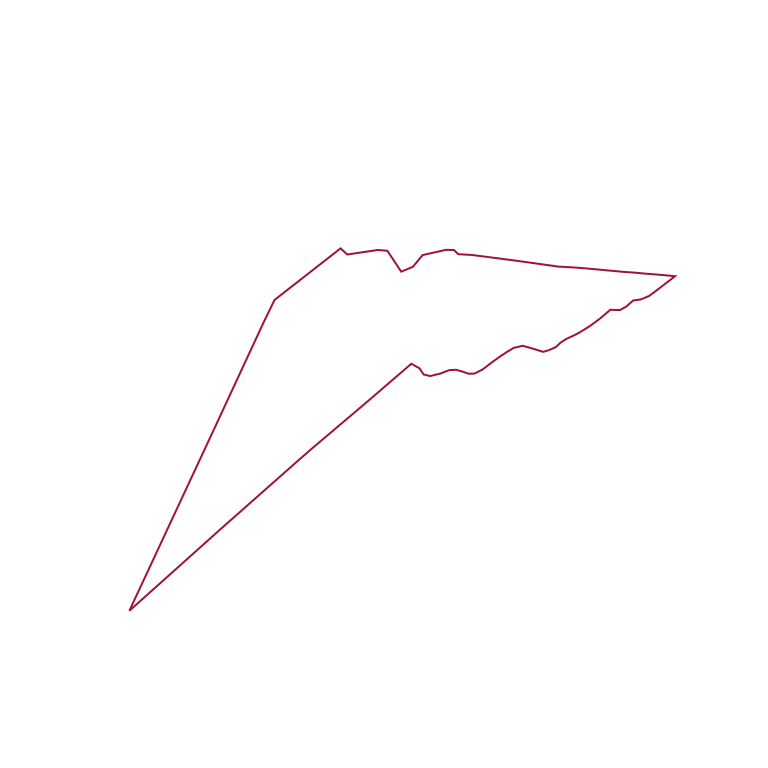 the district of Branquinha, Alagoas, Brazil, rotated 163°
{"feature_id": "56859067B15219395707905", "entity_name": "Branquinha", "entity_type": "district", "adm_level": 2, "iso_a3": "BRA", "parent_name": "Brazil", "parent_adm1": "Alagoas", "projection": "orthographic", "projection_center": [-36.101, -9.21], "detail": "fine", "context": "isolated", "style": "outline", "palette": "rose", "viewbox_px": 768, "rotation_deg": 163, "n_neighbors": 0, "source": "geoboundaries", "source_scale": "gbopen_adm2", "svg_char_len": 918}
<svg xmlns="http://www.w3.org/2000/svg" viewBox="0 0 768 768"><g transform="rotate(163 384 384)"><path d="M385.9,526.4L464.1,496.4L481.5,477.7L557.2,393.3L693.8,241.6L582.3,293.2L486.3,336.9L472.4,343.1L404.7,372.2L351.9,395.4L345.5,388.6L343.4,381.6L337.5,378.1L327.0,377.5L317.7,378.2L311.0,376.6L304.7,372.5L300.1,369.1L294.5,367.5L285.3,369.1L273.6,373.5L265.2,376.3L258.2,378.4L249.4,380.6L240.2,380.0L231.9,374.7L222.4,368.2L216.7,368.1L208.8,369.1L203.2,371.9L196.7,373.8L187.7,375.0L181.2,376.3L170.2,379.2L158.1,383.5L145.9,388.8L136.8,385.7L129.7,387.2L121.4,391.0L113.6,389.8L104.7,390.7L93.3,394.8L74.2,402.0L86.8,407.2L92.3,409.4L103.5,413.8L111.2,417.0L121.7,421.0L158.5,436.1L169.8,440.5L183.2,445.4L223.6,464.2L262.2,481.7L275.0,486.4L277.9,491.7L285.6,494.2L309.4,496.0L322.1,487.6L334.7,486.4L341.8,510.4L350.8,514.0L381.3,518.6L385.9,526.4Z" fill="none" stroke="#9f1239" stroke-width="2"/></g></svg>